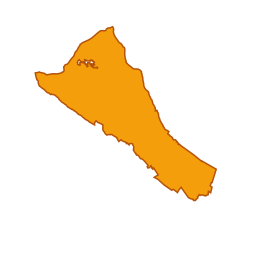 Ciceu, Harghita, Romania (Robinson projection), rotated 60°
{"feature_id": "2599482B51103948485004", "entity_name": "Ciceu", "entity_type": "district", "adm_level": 2, "iso_a3": "ROU", "parent_name": "Romania", "parent_adm1": "Harghita", "projection": "robinson", "projection_center": [25.684, 46.388], "detail": "fine", "context": "isolated", "style": "filled", "palette": "amber", "viewbox_px": 256, "rotation_deg": 60, "n_neighbors": 0, "source": "geoboundaries", "source_scale": "gbopen_adm2", "svg_char_len": 5612}
<svg xmlns="http://www.w3.org/2000/svg" viewBox="0 0 256 256"><g transform="rotate(60 128 128)"><path d="M222.3,107.3L222.6,107.2L223.1,107.5L223.7,107.2L224.3,106.4L224.4,105.8L224.2,105.1L223.8,104.9L223.8,104.2L223.4,102.4L222.7,102.0L222.2,102.0L222.0,101.0L221.4,99.8L222.0,99.8L222.5,99.3L222.3,98.9L222.7,97.7L224.5,95.7L224.6,95.8L225.5,94.9L225.4,94.6L225.7,93.9L225.4,93.7L225.9,92.1L224.6,91.0L224.4,91.1L223.1,90.0L225.4,88.8L221.2,84.8L219.2,85.8L217.1,83.3L217.3,83.1L217.3,82.5L207.8,72.2L193.4,80.6L193.6,80.9L184.4,84.4L169.8,91.0L168.1,91.4L167.6,92.4L167.1,92.6L167.0,92.0L166.8,91.9L165.1,92.4L164.6,92.3L164.3,92.9L164.0,92.5L163.5,92.4L161.9,92.9L161.5,93.7L160.7,94.7L160.4,94.7L159.6,94.4L159.3,94.5L158.6,94.4L157.2,94.8L156.0,95.4L155.7,95.7L155.2,95.5L153.4,96.4L153.1,96.2L152.6,96.3L151.6,94.4L150.9,94.6L150.6,94.8L150.5,95.0L149.2,95.5L148.8,96.0L148.2,96.4L147.0,96.6L145.3,96.5L144.3,96.8L143.7,96.8L143.2,96.3L141.1,96.5L139.6,96.6L139.3,96.4L137.8,96.5L135.4,95.9L134.1,96.0L131.6,94.8L130.6,94.5L128.7,94.4L127.5,94.1L127.2,94.1L126.9,95.7L125.4,94.8L124.7,94.8L124.1,94.3L120.9,94.2L119.2,94.4L118.1,93.8L117.8,93.9L115.8,93.3L113.9,93.6L112.7,93.3L111.3,93.3L108.6,92.9L108.3,92.6L107.6,92.5L107.5,92.3L105.8,92.5L104.5,93.2L102.2,93.5L101.3,93.5L98.9,93.1L97.2,92.1L94.3,91.3L92.7,90.6L92.2,90.2L90.7,89.7L90.4,89.8L87.8,88.8L87.3,88.9L86.0,88.2L84.2,88.5L82.0,89.8L80.2,92.8L79.1,93.9L76.2,94.9L74.3,95.8L72.2,96.4L71.3,96.5L70.4,96.9L69.7,96.7L69.4,96.3L68.8,96.1L67.1,95.8L65.0,95.1L62.0,93.7L58.1,91.3L56.9,91.0L56.3,91.0L55.4,91.7L54.5,91.7L53.9,91.5L51.2,91.9L50.6,92.4L48.8,93.1L47.0,93.1L43.4,93.5L40.2,93.4L38.9,93.1L37.0,92.4L36.0,91.5L34.9,90.9L33.6,90.7L32.6,90.7L32.3,93.5L31.5,95.0L31.4,96.4L31.6,97.3L32.2,98.2L32.4,99.1L30.6,102.0L30.2,102.8L30.1,104.0L30.7,108.0L31.6,112.4L32.0,114.7L32.0,118.5L31.4,124.5L31.7,126.9L31.5,127.3L32.9,129.2L33.4,130.6L35.2,133.3L35.6,134.2L35.9,135.7L37.1,137.1L37.7,138.0L38.2,138.3L38.8,139.5L39.4,141.4L40.6,144.6L41.1,145.6L41.6,146.4L42.1,147.7L42.3,148.8L41.9,150.7L42.0,151.2L42.4,151.7L42.8,153.0L44.8,154.0L46.1,154.4L47.0,155.9L47.0,156.3L46.7,157.1L47.0,158.3L45.8,162.1L43.2,166.5L41.3,171.8L40.3,172.5L39.3,172.8L38.0,174.0L35.7,176.5L35.1,176.8L34.7,178.9L34.0,180.2L34.0,180.9L34.6,180.9L35.7,181.5L39.0,182.4L39.9,182.5L40.5,182.8L42.0,182.2L44.7,183.4L47.2,183.8L49.7,182.7L50.8,182.4L51.7,181.8L53.0,181.3L56.8,180.3L57.2,180.0L57.7,179.3L59.6,178.6L60.4,178.2L60.3,177.5L60.5,177.5L62.2,175.5L62.5,175.1L67.3,173.3L68.9,173.4L71.0,172.7L72.1,172.5L73.0,172.1L74.4,171.3L75.7,170.9L76.6,170.2L77.2,170.1L79.7,169.7L80.4,169.2L83.6,167.5L84.5,166.8L84.4,166.7L85.3,166.2L86.4,166.0L87.1,165.4L89.3,164.6L91.1,164.2L93.9,162.3L94.9,162.0L96.0,161.8L98.0,160.9L99.1,160.7L101.8,158.9L103.2,158.6L108.6,155.4L108.2,155.2L107.7,155.3L106.4,153.6L106.4,153.2L105.8,152.2L106.0,151.9L107.1,151.7L108.2,151.3L109.6,150.0L110.2,149.8L112.2,148.4L112.7,148.2L117.0,150.7L119.0,150.7L119.9,150.3L120.6,150.5L122.0,150.5L123.6,149.8L123.9,148.4L124.4,147.2L124.9,146.9L125.3,145.5L125.8,145.2L129.1,143.5L129.1,143.3L129.2,143.2L130.9,142.5L131.0,142.7L131.6,142.7L135.1,142.7L134.7,139.9L135.3,139.8L137.6,138.5L138.9,137.2L140.8,137.1L141.2,136.2L140.7,136.2L141.2,135.9L142.0,135.8L143.2,135.5L142.8,135.0L142.7,134.5L142.3,134.2L143.8,132.0L144.9,132.3L146.6,132.3L147.7,132.7L148.3,133.3L149.1,133.6L149.1,134.0L150.2,134.4L152.7,134.3L153.3,134.2L153.8,133.9L154.4,134.0L154.5,134.2L155.4,134.1L155.9,134.0L156.0,133.5L156.6,133.0L158.2,132.6L159.1,132.7L161.0,132.4L161.2,131.9L162.4,131.0L164.7,130.3L167.9,129.7L170.3,129.4L170.6,129.4L171.0,130.2L171.0,130.6L172.3,130.9L172.9,130.1L173.0,129.7L172.8,128.5L172.2,127.0L174.4,127.1L174.5,127.5L176.0,127.1L175.5,126.5L175.3,125.8L183.7,125.3L183.8,130.0L187.5,127.7L195.1,125.3L202.9,121.7L203.8,121.2L203.7,119.4L208.7,117.4L208.2,116.8L207.2,115.1L205.9,111.7L218.3,110.5L220.3,109.4L222.3,107.3ZM58.6,127.8L55.8,129.0L55.2,128.9L55.2,128.7L54.9,128.8L55.0,128.6L55.3,128.5L55.2,127.9L54.4,127.7L54.4,128.3L54.7,128.5L54.4,128.5L54.4,128.8L54.3,127.7L54.1,127.7L54.1,128.3L53.1,128.9L52.5,128.5L52.1,129.0L51.4,130.2L51.8,130.4L52.3,130.9L52.5,131.5L52.9,131.3L53.2,131.6L53.8,131.7L53.2,132.1L54.3,132.6L55.2,133.1L53.3,132.2L53.2,132.4L53.1,132.2L52.4,131.7L52.2,131.9L52.6,132.1L51.8,132.9L51.6,132.7L51.2,132.7L51.0,132.9L50.9,132.5L49.5,132.8L49.6,133.1L49.2,133.1L49.3,133.5L49.6,133.5L49.5,133.8L48.7,133.8L48.4,135.1L47.3,136.3L47.3,136.9L47.6,137.2L48.8,137.5L48.8,138.4L49.4,138.4L48.9,139.1L47.7,139.7L47.2,139.6L46.8,139.1L46.3,138.8L45.9,139.0L44.9,137.9L44.7,136.8L44.5,136.5L44.5,136.1L46.9,135.7L47.7,134.6L48.5,134.5L48.6,133.0L49.0,132.3L47.9,131.6L47.1,131.5L47.1,131.3L47.5,130.9L48.0,131.1L48.1,130.9L48.5,131.0L48.5,130.9L48.5,130.3L48.7,130.1L48.8,130.2L48.7,130.1L49.0,129.9L49.3,129.9L49.4,130.0L49.5,129.9L49.8,129.2L50.5,128.3L50.7,127.7L50.9,127.6L50.6,127.4L50.6,127.0L51.1,126.9L51.1,126.2L50.7,126.4L50.5,126.2L50.7,125.7L51.2,125.5L51.2,125.2L51.2,125.5L51.8,124.9L52.3,125.1L52.2,125.3L53.0,125.0L52.8,124.8L53.4,124.7L53.5,124.5L54.2,124.3L54.2,124.5L54.4,124.4L54.5,124.6L54.5,124.9L54.9,125.0L55.3,125.8L57.3,125.1L56.3,125.5L56.0,125.7L56.0,126.0L55.2,126.0L54.8,126.0L54.7,126.2L55.0,126.6L55.9,126.8L56.0,127.2L56.9,127.2L56.8,127.8L55.8,127.7L55.7,127.9L56.0,128.0L56.0,128.4L56.2,128.8L58.6,127.7L58.8,127.4L59.0,126.6L59.7,125.9L59.8,125.4L60.4,124.7L60.0,124.5L60.4,124.1L60.8,124.6L60.4,124.7L59.9,125.4L59.7,125.9L59.0,126.6L58.9,127.5L58.6,127.8Z" fill="#f59e0b" stroke="#b45309" stroke-width="1.5"/></g></svg>